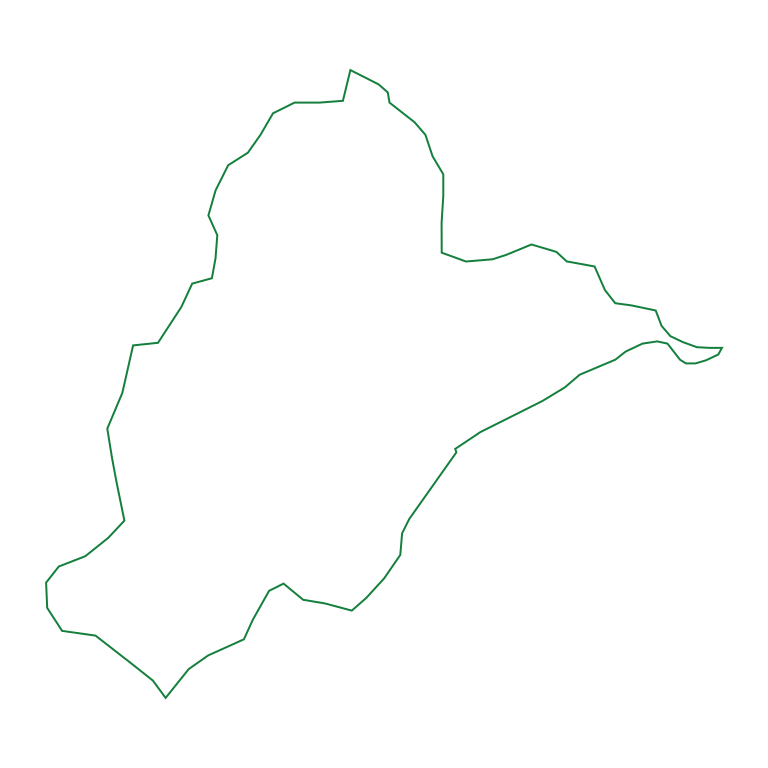 the district of Boseong-gun, South Jeolla, South Korea
{"feature_id": "91817680B27152027053647", "entity_name": "Boseong-gun", "entity_type": "district", "adm_level": 2, "iso_a3": "KOR", "parent_name": "South Korea", "parent_adm1": "South Jeolla", "projection": "orthographic", "projection_center": [127.199, 34.814], "detail": "fine", "context": "isolated", "style": "outline", "palette": "green", "viewbox_px": 768, "rotation_deg": 0, "n_neighbors": 0, "source": "geoboundaries", "source_scale": "gbopen_adm2", "svg_char_len": 1210}
<svg xmlns="http://www.w3.org/2000/svg" viewBox="0 0 768 768"><path d="M133.1,345.4L122.3,393.0L107.3,428.6L111.9,457.3L116.4,481.5L124.4,520.6L108.3,537.8L85.3,556.2L58.8,566.5L46.1,582.6L47.2,607.9L62.1,630.9L95.5,635.6L131.1,663.3L152.9,680.6L165.6,697.9L188.7,669.1L208.2,655.4L243.9,639.3L252.9,619.6L269.1,590.8L283.5,583.6L303.2,599.8L324.8,603.4L351.8,610.6L366.2,598.0L384.2,578.3L400.3,554.9L402.1,533.3L409.3,518.9L456.4,452.3L455.2,448.9L480.5,432.0L542.2,401.1L564.8,387.4L579.7,374.7L601.5,365.5L615.3,359.7L625.6,351.6L642.5,343.6L657.2,341.4L667.5,343.6L680.0,359.7L685.9,363.4L695.5,363.4L705.8,360.4L718.3,354.5L721.9,347.9L710.2,347.9L696.9,347.2L682.9,342.1L670.4,336.2L661.6,325.9L655.7,310.5L631.4,305.4L615.2,303.2L604.9,290.0L594.6,266.5L566.7,261.4L556.4,251.9L531.4,244.5L506.4,254.8L492.4,259.3L466.0,261.5L441.7,252.7L441.6,222.7L443.3,195.8L443.3,174.3L432.6,156.3L425.4,134.8L414.6,122.3L389.5,102.6L387.8,92.4L378.6,84.4L350.4,70.1L342.9,100.8L319.6,102.6L294.5,102.6L273.0,113.3L260.5,134.8L247.9,152.7L228.2,165.2L215.6,190.3L208.4,215.4L217.3,235.2L215.5,258.5L211.9,278.2L192.2,283.6L181.4,306.9L158.0,342.8L133.1,345.4Z" fill="none" stroke="#15803d" stroke-width="2"/></svg>